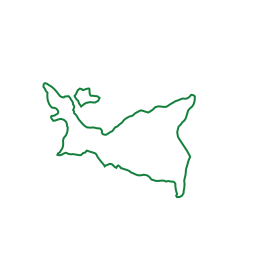 Absheron District, Abşeron, Azerbaijan (Mercator projection), rotated 232°
{"feature_id": "54616110B88432173472444", "entity_name": "Absheron District", "entity_type": "district", "adm_level": 2, "iso_a3": "AZE", "parent_name": "Azerbaijan", "parent_adm1": "Abşeron", "projection": "mercator", "projection_center": [49.449, 40.323], "detail": "fine", "context": "isolated", "style": "outline", "palette": "green", "viewbox_px": 256, "rotation_deg": 232, "n_neighbors": 0, "source": "geoboundaries", "source_scale": "gbopen_adm2", "svg_char_len": 3432}
<svg xmlns="http://www.w3.org/2000/svg" viewBox="0 0 256 256"><g transform="rotate(232 128 128)"><path d="M112.1,86.1L112.2,87.5L111.6,89.1L111.0,91.5L109.3,93.0L107.6,93.3L105.6,93.5L103.8,94.3L104.5,95.9L104.5,97.2L102.6,97.8L100.5,97.8L100.1,98.3L98.6,99.2L97.3,100.1L95.6,101.3L94.0,102.2L92.9,102.7L92.0,102.7L90.9,103.1L89.5,104.0L88.3,104.6L86.8,105.4L85.2,106.3L84.3,107.1L83.1,108.5L82.4,109.9L81.8,110.8L81.4,111.8L78.6,114.1L75.6,114.8L73.1,114.7L70.9,116.2L68.9,117.6L67.2,120.0L65.7,122.3L64.4,123.9L62.4,125.0L61.4,127.1L59.3,128.9L57.9,130.6L56.7,131.1L54.9,131.0L53.3,129.7L51.4,128.6L50.1,127.8L47.6,126.7L45.8,126.1L44.9,124.2L43.4,124.1L42.6,125.2L41.9,126.2L41.4,128.7L42.4,131.6L44.3,133.3L45.7,135.0L48.9,138.0L50.5,139.0L51.7,139.7L53.3,141.5L55.1,143.8L56.9,145.7L59.5,148.0L60.8,149.8L62.3,151.9L63.8,153.9L65.3,156.0L67.0,159.3L69.2,159.7L74.0,160.5L87.9,161.6L90.4,162.0L94.4,164.2L96.9,167.3L97.9,168.6L98.3,172.0L99.1,174.4L99.1,176.2L99.6,178.5L101.0,180.9L102.4,182.9L104.7,186.0L105.3,188.6L105.4,191.6L106.4,194.5L107.7,196.3L108.9,197.7L111.4,199.9L112.8,200.1L114.3,199.1L115.2,198.3L114.7,195.4L114.8,193.0L115.8,191.1L117.6,189.2L118.5,186.3L119.1,184.1L119.9,182.0L120.2,179.2L120.6,176.8L120.8,174.3L120.9,173.2L121.1,171.3L122.8,168.9L124.6,167.2L126.5,165.1L127.6,162.3L127.2,158.5L127.4,156.0L127.7,153.5L128.6,152.9L130.8,151.3L132.1,150.5L133.9,149.1L134.4,147.3L135.2,142.5L134.9,139.2L136.3,135.7L136.8,132.0L136.7,129.4L136.0,126.9L136.0,123.4L135.8,120.6L136.4,118.0L135.2,114.0L135.7,111.2L135.9,108.6L136.2,106.5L137.2,105.4L138.6,104.4L140.4,104.5L141.2,105.3L142.4,105.9L144.5,105.8L145.9,104.6L146.5,103.7L149.4,101.4L150.6,99.9L151.2,98.8L153.7,96.1L155.9,95.3L158.4,94.8L160.0,94.7L162.1,94.6L163.8,94.5L165.0,94.5L170.2,95.1L172.7,94.7L174.7,95.8L175.9,95.8L177.2,98.0L178.2,99.0L180.7,99.3L181.9,100.2L183.6,100.5L185.3,100.6L187.5,100.9L189.6,100.8L191.7,97.6L191.6,96.2L193.4,94.7L195.0,94.1L198.1,94.1L200.5,94.1L203.6,93.9L206.2,93.5L208.9,92.8L210.6,92.0L212.6,91.5L214.3,90.3L214.6,89.6L214.3,88.5L213.2,87.3L212.5,86.7L210.6,86.7L207.7,86.1L205.4,86.3L204.4,85.3L202.4,83.8L200.8,82.7L199.1,81.8L197.1,81.1L195.3,80.6L192.8,80.4L190.7,80.7L189.3,82.3L187.7,83.3L186.7,83.5L185.8,83.5L184.7,83.4L183.5,82.9L182.6,81.5L182.9,79.4L183.0,77.9L183.8,76.4L184.5,75.1L184.0,74.1L183.8,74.0L182.4,73.5L180.8,73.6L179.9,73.6L179.7,73.6L178.7,75.2L178.2,76.8L178.0,77.6L177.4,78.8L176.5,80.7L175.4,81.6L173.6,82.6L171.2,83.0L169.1,82.5L167.1,81.2L165.6,80.9L164.2,79.7L162.8,78.3L161.6,76.7L160.4,74.6L160.0,72.6L159.6,71.0L158.0,69.0L156.1,67.7L154.6,66.5L153.7,65.5L152.4,63.7L151.5,60.9L150.8,59.3L151.0,57.5L151.0,57.3L150.4,55.9L149.4,56.5L148.4,57.7L147.7,59.4L147.5,61.1L147.0,63.5L146.0,64.3L144.4,65.0L142.6,66.6L141.3,68.6L139.2,70.5L137.2,72.4L136.2,73.2L135.7,74.2L135.7,75.7L135.9,77.2L135.0,79.2L135.6,81.5L128.6,86.4L126.9,86.8L123.6,86.2L120.0,86.1L116.8,86.2L113.4,86.3L112.1,86.1ZM178.5,104.8L177.0,104.5L174.9,104.4L173.8,104.3L173.8,106.3L173.9,107.9L173.5,110.5L172.5,112.6L171.5,114.4L169.7,116.1L168.3,117.9L167.8,121.2L169.2,124.1L172.0,123.3L173.4,121.7L175.2,120.0L176.3,118.6L177.8,118.6L179.3,119.4L181.3,120.8L182.8,121.7L183.5,121.2L184.5,119.1L185.3,116.6L185.8,115.6L187.1,115.5L188.7,114.3L188.7,111.7L187.5,109.3L186.9,108.4L186.1,105.6L184.7,105.3L181.8,105.1L180.0,105.5L178.5,104.8Z" fill="none" stroke="#15803d" stroke-width="2"/></g></svg>